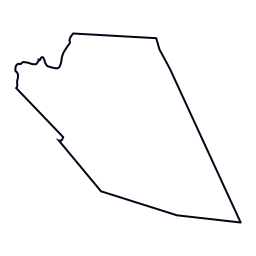 Chassin/Babonneau, Dauphin, Saint Lucia (Natural Earth projection)
{"feature_id": "8701671B17247677679787", "entity_name": "Chassin/Babonneau", "entity_type": "district", "adm_level": 2, "iso_a3": "LCA", "parent_name": "Saint Lucia", "parent_adm1": "Dauphin", "projection": "natural_earth1", "projection_center": [-60.929, 13.991], "detail": "fine", "context": "isolated", "style": "outline", "palette": "ink", "viewbox_px": 256, "rotation_deg": 0, "n_neighbors": 0, "source": "geoboundaries", "source_scale": "gbopen_adm2", "svg_char_len": 4114}
<svg xmlns="http://www.w3.org/2000/svg" viewBox="0 0 256 256"><path d="M73.2,33.5L73.0,33.8L72.8,34.0L72.7,34.1L72.6,34.3L72.3,34.6L72.0,34.9L71.8,35.2L71.6,35.4L71.5,35.6L71.2,36.1L71.0,36.3L71.0,36.5L70.9,36.6L70.8,36.8L70.6,37.1L70.1,37.9L70.0,38.2L69.9,38.6L69.8,38.9L69.7,39.3L69.7,39.7L69.7,39.9L69.6,40.1L69.6,40.3L69.6,40.7L69.6,41.1L69.7,41.5L69.8,41.8L69.9,42.1L70.0,42.4L69.8,43.0L69.3,43.9L69.2,44.0L69.0,44.3L68.9,44.4L68.7,44.7L68.5,45.0L68.3,45.2L68.2,45.4L68.1,45.5L67.9,45.7L67.7,46.1L67.4,46.5L67.1,46.9L67.0,47.0L66.9,47.2L66.8,47.3L66.7,47.4L66.4,47.9L66.3,48.1L66.1,48.4L65.9,48.6L65.8,48.9L65.6,49.2L65.5,49.3L65.4,49.5L65.2,49.9L65.0,50.1L64.9,50.3L64.6,50.8L64.4,51.1L64.2,51.4L64.1,51.6L64.0,51.8L63.9,52.0L63.6,52.5L63.4,52.9L63.3,53.1L63.3,53.3L63.1,53.6L63.0,53.8L62.9,54.3L62.8,54.6L62.7,54.7L62.6,54.9L62.5,55.2L62.5,55.4L62.4,55.7L62.3,55.9L62.2,56.2L62.1,56.4L62.1,56.5L61.8,57.7L61.7,58.0L61.6,58.9L61.6,59.2L61.5,59.6L61.5,60.0L61.4,60.5L61.4,60.9L61.3,61.5L61.2,61.9L61.2,62.0L61.0,62.7L60.9,63.1L60.9,63.3L60.8,63.6L60.7,63.8L60.7,64.0L60.6,64.3L60.4,64.6L60.3,64.9L60.3,65.2L60.2,65.3L60.0,65.9L59.9,66.0L59.8,66.4L59.7,66.5L59.4,66.9L59.3,67.0L59.2,67.1L59.0,67.3L58.9,67.4L58.8,67.5L58.6,67.6L58.3,67.8L58.1,67.9L57.9,68.1L57.7,68.1L57.2,68.3L56.8,68.3L56.7,68.3L56.0,68.3L55.9,68.3L55.6,68.2L55.4,68.2L55.2,68.2L54.7,68.1L54.4,68.1L54.2,68.0L53.8,67.9L53.7,67.9L53.3,67.8L53.2,67.8L52.8,67.7L52.6,67.6L52.3,67.6L52.0,67.5L51.9,67.5L51.7,67.4L51.2,67.3L51.0,67.2L50.9,67.2L50.5,67.1L50.3,67.0L50.1,67.0L50.0,66.9L49.7,66.9L49.0,66.7L48.9,66.6L48.7,66.6L48.3,66.4L48.1,66.4L47.8,66.3L47.7,66.2L47.4,66.0L47.3,65.9L47.2,65.8L47.0,65.7L46.9,65.6L46.7,65.3L46.6,65.1L46.4,64.9L46.2,64.7L46.0,64.3L45.9,64.1L45.7,63.9L45.7,63.7L45.5,63.4L45.2,62.9L45.1,62.6L45.0,62.3L44.8,61.6L44.6,61.1L44.6,60.8L44.5,60.6L44.4,60.3L44.4,60.2L44.3,59.7L44.2,59.6L44.1,59.3L43.8,58.7L43.6,58.4L43.6,58.2L43.3,57.8L43.2,57.7L43.0,57.4L42.8,57.3L42.6,57.2L42.4,57.1L42.2,57.1L41.8,57.3L41.7,57.3L41.5,57.5L41.4,57.6L41.1,57.8L41.0,58.0L40.8,58.2L40.6,58.6L40.5,58.8L40.4,59.1L40.2,59.4L39.3,59.6L39.1,59.6L39.3,59.8L39.6,60.2L39.3,60.4L38.7,60.7L38.4,61.0L38.2,61.2L38.1,61.4L37.8,61.8L37.6,62.2L37.4,62.5L37.2,62.9L37.0,63.1L36.8,63.4L36.6,63.7L36.4,63.8L36.1,64.1L35.9,64.1L35.6,64.2L35.3,64.2L35.1,64.2L34.9,64.2L34.7,64.2L33.8,64.2L33.5,64.2L33.3,64.2L32.9,64.2L32.7,64.1L32.3,64.1L32.2,64.1L31.8,64.0L31.5,63.9L31.4,63.8L31.2,63.8L30.9,63.7L30.7,63.6L30.4,63.4L30.1,63.3L29.8,63.2L29.6,63.2L29.4,63.2L29.1,63.2L28.8,63.1L28.7,63.1L28.4,62.9L28.2,62.9L28.0,62.7L27.9,62.7L27.5,62.6L27.2,62.5L26.6,62.4L26.4,62.4L26.2,62.4L25.6,62.4L25.3,62.3L25.2,62.3L24.8,62.2L24.4,62.1L24.2,62.1L23.8,62.0L23.7,62.0L23.4,62.1L23.2,62.1L22.7,62.3L22.2,62.7L21.9,62.9L21.8,63.0L21.7,63.1L21.4,63.4L21.3,63.5L21.2,63.7L20.9,63.9L20.6,64.0L20.4,64.0L20.0,64.1L19.9,64.1L19.6,64.0L19.4,64.0L19.3,63.9L19.1,63.9L18.9,63.8L18.6,63.8L18.4,63.9L18.1,63.9L17.9,64.0L17.7,64.1L17.4,64.3L17.0,64.5L16.9,64.7L16.8,64.8L16.7,64.9L16.6,65.0L16.4,65.3L16.1,65.7L16.1,65.9L16.0,66.0L15.8,66.4L15.7,66.6L15.7,66.9L15.6,67.0L15.5,67.3L15.5,67.6L15.4,67.9L15.4,68.0L15.4,68.3L15.4,69.4L15.4,69.6L15.4,69.8L15.4,70.0L15.4,70.5L15.7,71.2L15.7,71.3L15.8,71.4L15.9,71.5L16.0,71.6L16.4,71.8L16.5,71.9L16.8,72.1L17.0,72.3L17.2,72.7L17.4,73.2L17.8,74.2L17.8,74.4L17.9,74.6L18.0,74.9L18.0,75.1L18.0,75.4L18.0,75.5L18.0,75.8L17.9,76.4L17.9,76.5L17.9,76.8L17.9,77.0L17.9,77.5L17.9,77.9L17.8,78.1L17.8,78.4L17.8,78.5L17.7,78.9L17.6,79.3L17.5,79.5L17.4,80.0L17.3,80.3L17.2,80.9L17.2,81.1L17.1,81.6L17.1,81.8L17.1,82.1L17.1,82.4L17.1,82.6L17.1,83.0L17.1,83.5L17.2,83.8L17.2,84.1L17.3,84.5L17.3,84.8L17.3,85.3L17.3,85.7L17.2,86.0L17.1,86.3L17.1,86.6L17.0,86.9L16.9,87.0L16.8,87.3L16.7,87.4L16.6,87.5L16.4,87.8L16.2,88.1L62.1,136.0L63.2,137.2L62.1,139.7L62.0,139.8L61.9,139.9L61.7,140.1L61.4,140.4L61.1,140.5L60.8,140.7L60.7,140.7L60.4,140.7L59.9,140.7L59.7,140.7L59.4,140.7L59.1,140.6L58.8,140.5L101.0,191.3L176.9,215.3L240.5,222.5L240.6,222.4L169.9,68.8L159.5,49.5L156.2,38.2L73.2,33.5Z" fill="none" stroke="#020617" stroke-width="2"/></svg>